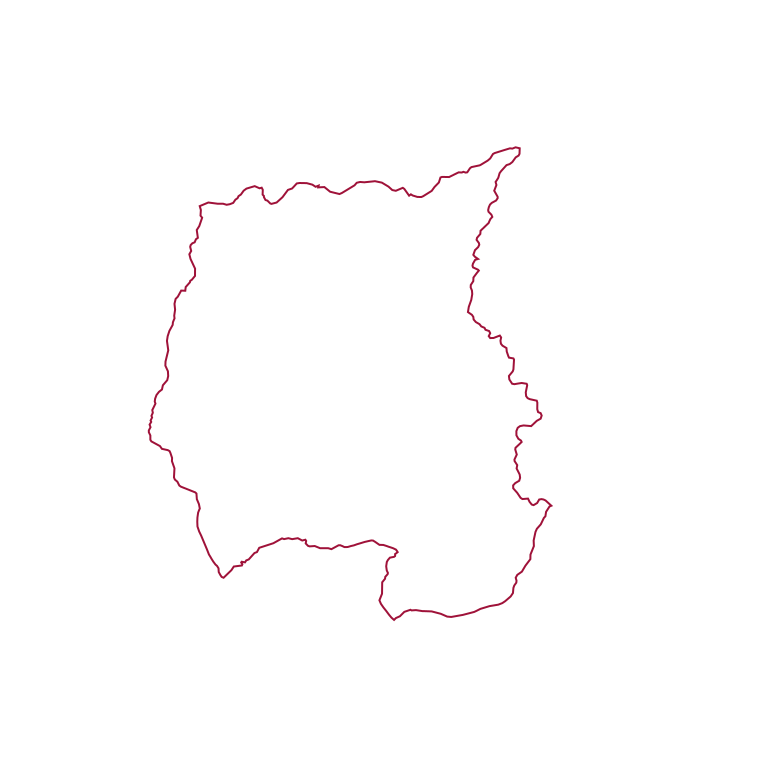 the district of Luebo, Kasaï-Occidental, Democratic Republic of the Congo, rotated 58°
{"feature_id": "63176286B69668932062204", "entity_name": "Luebo", "entity_type": "district", "adm_level": 2, "iso_a3": "COD", "parent_name": "Democratic Republic of the Congo", "parent_adm1": "Kasaï-Occidental", "projection": "orthographic", "projection_center": [21.381, -5.592], "detail": "fine", "context": "isolated", "style": "outline", "palette": "rose", "viewbox_px": 768, "rotation_deg": 58, "n_neighbors": 0, "source": "geoboundaries", "source_scale": "gbopen_adm2", "svg_char_len": 5685}
<svg xmlns="http://www.w3.org/2000/svg" viewBox="0 0 768 768"><g transform="rotate(58 384 384)"><path d="M479.1,263.3L474.0,268.5L472.1,269.7L469.6,269.9L466.2,268.2L460.9,263.2L460.1,263.0L459.4,262.9L456.1,266.7L454.6,270.2L453.2,273.6L452.3,274.5L451.7,275.2L446.6,275.3L443.4,273.8L441.5,268.1L440.2,266.5L432.2,260.8L430.9,260.7L427.9,264.0L427.4,263.9L426.7,263.9L421.5,262.7L418.4,261.1L414.3,263.2L411.8,263.5L409.0,262.3L406.6,260.0L404.3,260.1L403.0,266.8L401.3,269.6L398.9,269.8L397.2,267.0L394.8,266.8L391.8,269.2L389.6,269.0L386.7,271.0L383.9,271.3L380.1,273.3L376.8,273.8L374.4,272.7L371.9,272.8L367.5,274.7L363.5,271.2L358.9,265.4L354.5,261.5L351.4,259.9L348.0,259.3L346.0,257.9L344.1,253.8L341.1,251.7L339.0,246.3L338.1,243.5L337.3,243.6L336.9,243.7L332.3,246.7L330.6,246.3L329.6,245.3L329.1,244.8L327.0,240.9L327.8,238.0L324.2,239.5L321.8,239.8L318.7,235.9L317.8,231.6L316.4,229.4L314.7,228.8L310.8,229.1L309.3,227.6L307.8,222.8L305.2,220.9L302.9,209.9L302.0,208.7L300.5,206.4L299.7,203.6L297.3,203.2L293.3,204.1L291.7,203.5L289.6,201.4L288.0,199.0L287.5,196.6L287.8,191.7L286.6,189.1L285.4,188.4L278.5,188.1L274.8,183.2L271.8,182.3L271.1,180.7L269.8,178.0L269.5,177.6L266.5,174.3L265.6,172.1L263.3,164.1L264.1,160.9L263.8,157.6L261.6,152.2L261.6,151.8L261.6,148.8L260.6,147.1L256.0,144.0L253.0,147.0L252.4,150.4L250.9,152.3L249.3,158.2L246.8,167.8L246.7,169.7L249.0,174.4L249.1,175.0L249.5,177.7L249.4,185.5L249.3,186.9L246.4,194.9L246.6,196.8L248.6,201.2L248.0,202.7L246.1,204.3L245.9,205.9L244.1,208.5L243.9,210.0L243.0,219.1L239.1,225.1L238.8,226.7L242.2,230.7L243.7,236.8L245.5,241.2L245.5,251.3L245.2,253.3L243.0,256.6L241.5,257.9L239.3,259.8L237.4,260.7L237.6,262.9L229.3,263.4L227.6,264.1L226.4,271.6L223.9,274.2L219.0,275.6L212.1,279.1L207.2,284.2L206.3,286.1L203.0,292.8L202.6,293.7L200.0,297.2L198.9,300.5L199.9,303.7L199.7,318.5L199.3,321.1L192.4,327.8L185.4,330.2L182.4,335.6L181.1,334.3L180.5,337.5L177.0,339.1L172.7,343.1L168.8,349.1L167.7,351.7L168.9,356.0L169.5,358.4L168.5,362.6L171.8,371.1L173.2,378.9L172.6,380.8L171.6,384.0L170.6,384.8L166.7,385.7L165.2,387.0L161.9,386.8L160.9,386.2L159.1,386.6L155.1,383.9L152.7,383.7L152.1,385.8L147.7,388.8L145.4,397.1L145.7,400.6L147.5,405.0L147.6,407.8L148.8,409.7L148.9,411.2L148.9,412.1L149.0,412.5L150.5,415.9L149.8,419.5L148.6,422.5L145.9,424.9L143.0,429.5L137.0,436.8L135.5,446.0L139.4,447.1L144.0,450.4L146.6,450.1L152.2,457.0L154.2,461.2L161.4,464.4L161.6,466.8L163.5,469.5L163.1,471.9L163.7,474.3L165.0,475.7L169.0,477.0L170.8,480.3L175.4,481.8L186.1,483.1L187.6,484.1L192.2,487.0L193.8,491.8L193.8,493.6L194.9,494.7L196.7,500.8L199.6,503.1L197.3,506.5L200.7,512.6L201.4,515.6L205.0,519.2L210.3,521.8L214.9,525.7L217.4,526.9L218.1,528.0L219.8,530.3L221.9,531.9L225.2,537.8L228.8,542.1L232.4,545.2L241.1,549.1L249.2,557.4L252.6,559.7L258.7,560.5L262.9,562.8L265.9,565.8L267.9,572.2L271.0,575.2L271.4,579.0L272.8,582.8L275.2,585.9L277.4,587.7L279.5,588.2L282.7,593.3L283.3,594.3L284.1,594.6L285.9,595.3L287.8,598.1L289.5,598.4L291.3,601.3L292.8,601.5L294.2,604.3L296.9,604.9L298.7,608.0L300.3,609.0L303.8,609.4L307.5,611.7L309.4,611.7L317.9,606.9L321.3,606.7L325.5,602.4L327.3,601.4L328.0,601.5L329.4,601.7L334.4,602.9L337.0,604.7L344.5,606.4L351.9,611.6L354.2,612.0L357.4,611.0L361.6,611.4L363.5,610.6L375.9,601.5L377.5,601.1L382.6,603.8L382.9,603.8L387.8,604.6L392.0,606.2L393.0,607.7L394.6,609.8L398.4,613.0L401.8,615.3L406.0,617.7L411.1,618.9L415.7,619.4L429.9,621.7L431.6,622.0L435.8,622.8L438.3,622.8L440.8,622.9L444.1,622.9L447.8,622.6L449.8,622.0L452.6,622.0L455.9,623.8L459.4,624.0L461.6,623.9L463.3,622.7L461.0,612.0L459.2,608.1L462.6,600.7L461.8,599.6L459.7,599.7L459.3,598.9L461.6,596.4L460.6,594.3L461.1,591.7L458.7,583.4L459.0,581.9L459.2,580.8L456.8,576.6L460.4,562.2L460.9,552.3L462.6,550.9L464.1,546.8L466.9,544.1L469.1,538.8L473.4,536.3L474.4,533.2L475.9,533.2L477.7,534.9L481.0,534.2L482.3,533.1L484.7,528.6L489.4,525.2L493.6,518.4L496.2,516.1L496.7,508.0L497.5,506.6L499.4,505.2L501.3,504.0L503.0,501.2L503.9,497.9L504.9,495.0L505.6,491.8L506.3,489.3L507.7,484.1L508.9,480.6L509.9,477.8L510.9,476.3L513.1,475.2L515.9,474.0L518.0,473.1L520.1,469.9L522.7,467.7L524.6,466.2L526.0,465.0L528.1,463.3L530.0,462.1L530.8,461.6L532.2,461.5L533.8,461.5L534.0,463.0L534.1,464.7L535.6,465.6L535.8,465.8L535.9,467.1L534.4,471.0L535.3,473.9L536.4,475.9L539.7,478.7L541.2,479.4L543.7,480.5L546.3,480.8L547.2,481.7L548.2,485.1L549.7,486.3L551.2,490.6L560.8,496.8L565.0,502.5L568.8,503.1L573.2,502.9L577.5,502.4L582.4,502.0L586.0,501.5L589.4,500.5L588.8,497.9L589.4,493.6L588.0,487.5L589.5,481.2L590.6,480.6L592.7,476.7L597.1,471.6L597.3,471.2L602.1,464.1L609.0,457.6L614.7,453.7L617.2,450.4L621.6,439.5L625.1,428.3L625.4,425.8L625.8,421.4L628.3,412.2L631.7,404.0L632.5,399.8L632.4,396.4L631.3,389.2L629.6,385.4L625.5,382.3L623.9,380.3L622.6,377.1L621.1,375.9L620.9,375.8L618.1,375.0L616.5,372.1L616.2,366.5L613.0,360.3L610.1,352.7L606.3,350.2L600.9,342.8L596.0,340.0L589.7,333.9L587.8,331.1L586.1,325.4L582.3,319.4L581.7,317.2L578.3,314.3L575.6,308.6L575.9,306.6L568.4,308.7L566.5,309.9L565.1,311.4L564.2,313.6L566.1,317.2L566.0,321.3L565.7,321.6L564.5,322.6L561.0,323.0L557.5,322.6L554.9,327.6L552.9,328.5L546.8,328.7L541.0,329.7L538.4,328.2L538.3,327.8L537.6,325.3L537.6,325.1L537.7,320.6L535.7,318.3L532.9,317.0L532.6,316.9L525.9,316.3L523.4,314.0L518.6,314.1L517.2,313.4L514.2,308.8L509.1,307.4L507.8,306.3L506.7,300.7L506.1,298.0L504.6,297.8L501.6,299.1L497.7,298.9L494.1,296.7L492.0,293.8L491.8,291.0L493.1,287.6L497.7,281.5L496.2,274.0L496.4,269.5L494.3,267.0L491.7,266.6L489.5,268.2L488.4,267.9L486.6,267.4L481.0,263.8L479.1,263.3Z" fill="none" stroke="#9f1239" stroke-width="2"/></g></svg>